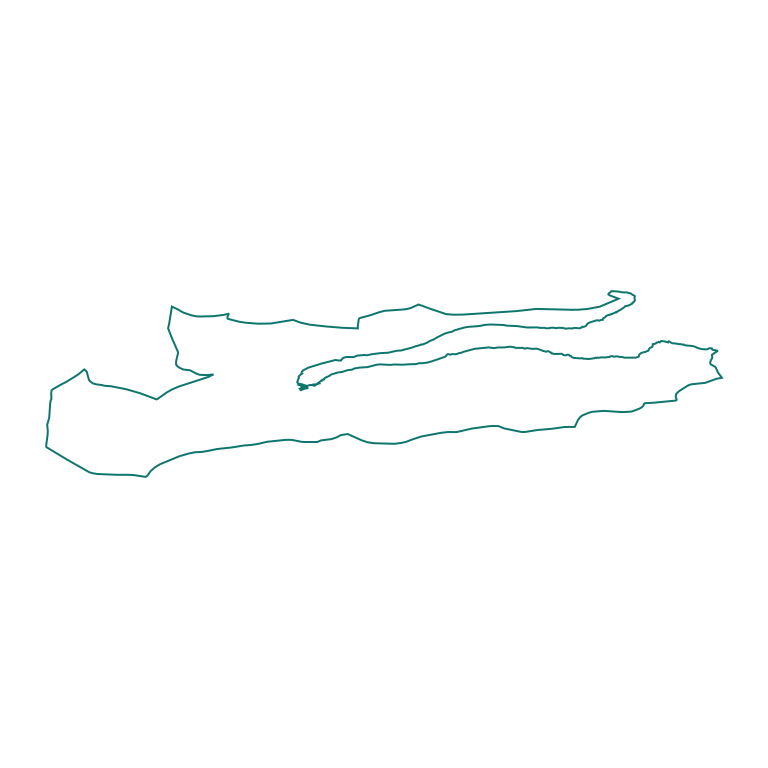 Seyðisfjarðarkaupstaður, Austurland, Iceland
{"feature_id": "244011B63317643398592", "entity_name": "Seyðisfjarðarkaupstaður", "entity_type": "district", "adm_level": 2, "iso_a3": "ISL", "parent_name": "Iceland", "parent_adm1": "Austurland", "projection": "equal_earth", "projection_center": [-13.887, 65.265], "detail": "fine", "context": "isolated", "style": "outline", "palette": "teal", "viewbox_px": 768, "rotation_deg": 0, "n_neighbors": 0, "source": "geoboundaries", "source_scale": "gbopen_adm2", "svg_char_len": 6089}
<svg xmlns="http://www.w3.org/2000/svg" viewBox="0 0 768 768"><path d="M718.2,350.8L713.1,349.9L712.1,349.4L711.9,348.5L711.2,348.2L709.2,348.3L707.6,349.1L705.8,349.4L701.7,349.1L697.5,347.9L694.5,346.5L691.3,345.9L685.0,345.3L683.8,344.5L683.0,344.7L680.5,344.1L678.7,344.1L676.1,343.6L672.0,343.2L669.2,341.4L668.7,341.4L668.2,342.4L664.4,341.4L661.3,341.0L659.8,342.4L658.8,341.8L657.7,342.5L656.4,342.6L655.9,343.4L654.6,343.9L653.0,344.0L652.7,344.2L652.8,345.3L652.3,346.9L650.0,347.9L648.8,349.4L648.6,350.3L648.2,350.7L644.9,352.0L641.3,352.9L639.5,354.4L639.1,354.9L639.0,356.0L638.7,356.6L637.6,357.1L635.1,357.7L624.6,357.7L622.5,357.1L619.4,356.9L617.4,356.3L613.9,356.7L612.3,356.1L610.1,356.4L609.6,357.0L604.2,357.5L601.5,357.3L598.7,357.8L597.1,357.6L596.3,358.0L595.6,357.7L594.1,358.3L588.7,359.0L582.9,358.6L582.0,358.1L580.2,358.4L573.8,357.9L572.2,357.3L571.3,356.6L571.1,356.1L569.3,355.5L569.0,354.9L568.7,354.8L567.1,354.7L566.3,355.2L565.0,355.4L563.4,355.0L562.0,353.9L561.3,353.8L554.9,354.0L551.9,353.5L551.6,353.4L551.6,352.9L548.4,351.3L547.5,351.2L546.2,351.7L545.3,351.5L542.9,350.9L539.9,349.6L536.2,348.6L532.8,348.9L526.9,348.1L524.8,348.6L522.8,347.9L515.4,347.9L514.0,347.2L510.0,346.7L504.2,347.4L498.0,347.5L493.8,348.1L488.7,347.4L474.8,348.8L463.5,351.8L461.2,352.8L458.9,353.2L456.3,354.2L451.7,354.1L450.5,354.7L448.0,354.1L446.7,354.8L445.7,356.3L444.7,356.9L432.5,361.1L427.7,362.5L422.6,363.2L419.2,363.2L415.9,364.1L410.4,364.2L402.4,364.7L393.9,364.5L390.0,364.9L380.0,364.4L376.8,364.7L367.5,367.1L359.5,367.6L354.2,368.5L352.2,369.6L347.4,370.2L342.3,371.9L337.2,372.6L330.8,374.7L329.7,375.7L324.7,378.0L324.5,378.5L324.1,379.4L323.7,379.6L323.4,379.4L321.7,380.3L321.9,380.6L321.2,380.8L318.4,382.8L319.0,382.8L319.3,383.2L318.6,383.2L317.7,383.8L317.4,383.7L316.9,384.0L317.3,384.2L314.5,385.4L313.2,385.0L313.9,384.4L315.6,384.6L313.9,384.3L312.6,384.8L313.8,385.4L314.8,385.6L314.5,385.8L312.0,385.0L310.2,385.0L306.5,386.0L306.1,385.7L305.5,385.9L304.1,386.6L306.2,386.8L307.6,387.9L307.5,388.2L305.4,388.5L301.5,389.8L301.3,390.1L300.7,390.1L299.7,388.7L301.7,387.9L303.3,388.3L304.3,388.2L302.6,387.5L302.6,387.2L303.7,386.9L303.5,386.7L302.1,386.9L301.3,386.2L304.6,385.2L301.5,384.1L299.2,385.1L298.7,384.9L300.6,383.8L299.3,383.9L298.1,383.6L297.2,382.1L297.4,381.7L298.5,381.8L297.5,381.5L298.2,379.2L298.7,378.6L298.9,377.9L298.6,376.6L300.7,374.5L301.9,373.8L301.5,373.6L301.9,371.7L303.3,370.3L308.2,367.7L321.4,363.6L335.4,360.0L340.1,360.6L341.2,360.3L341.5,359.4L342.4,358.9L342.8,358.2L343.5,357.8L346.3,357.0L353.6,357.1L357.3,355.6L364.4,355.0L366.5,355.3L372.1,354.2L379.7,353.2L388.3,352.7L396.5,350.8L401.8,350.4L402.3,350.1L411.0,347.9L415.8,346.2L419.3,345.3L421.2,344.4L421.7,344.7L424.7,343.7L427.4,342.5L429.7,341.0L434.1,339.3L436.9,337.5L444.1,333.9L446.8,332.9L452.3,331.6L454.3,330.4L464.0,327.6L468.6,326.8L476.2,326.3L480.7,325.8L484.5,324.9L490.5,324.5L503.8,325.0L506.2,325.6L517.3,326.1L527.0,327.5L536.3,327.4L539.1,327.6L539.3,327.9L544.9,327.9L546.0,328.3L549.5,328.2L550.3,327.8L552.7,327.7L556.8,328.2L557.9,327.8L562.8,327.9L566.0,328.7L568.6,328.3L571.9,328.5L574.6,327.9L579.6,328.3L581.4,327.6L582.2,326.7L583.6,326.9L585.5,326.2L586.1,325.8L587.6,323.6L589.0,322.7L596.3,320.4L597.9,320.3L598.9,320.7L601.3,319.9L602.7,319.9L603.0,318.5L605.0,317.4L606.0,316.1L608.0,315.1L610.4,314.7L610.5,314.3L611.0,314.1L612.0,314.0L614.8,312.7L616.3,312.4L616.3,311.9L617.2,311.8L618.3,310.9L620.4,309.9L623.9,307.5L625.4,306.1L628.6,305.5L632.1,303.7L632.4,303.4L632.2,303.1L634.0,301.7L634.9,300.5L634.5,298.4L634.9,296.2L634.4,295.6L633.0,295.1L630.8,293.5L627.2,292.5L622.1,292.3L617.5,291.4L611.2,291.2L610.5,292.2L608.7,293.5L608.4,294.5L610.0,295.5L618.6,298.7L599.7,306.7L587.3,309.0L578.4,309.7L572.4,309.8L536.5,308.9L516.5,311.1L462.7,314.6L453.3,314.7L446.1,314.1L429.7,308.6L418.6,304.5L410.5,308.1L407.8,308.8L404.4,309.4L384.7,310.8L379.3,312.2L370.5,315.2L360.4,317.9L359.2,318.4L358.7,319.6L357.8,326.2L357.9,328.4L342.5,327.8L326.4,326.5L309.9,324.7L300.8,322.7L293.0,319.9L270.9,323.5L257.8,323.7L245.5,322.7L239.5,321.8L228.0,318.9L227.4,318.2L227.4,317.2L228.6,314.3L228.5,313.8L223.6,314.9L213.3,316.2L199.3,316.5L195.5,316.2L191.4,315.3L183.1,312.5L178.4,309.7L171.9,306.6L169.1,324.0L168.1,328.3L171.9,338.1L178.0,352.0L178.1,352.8L176.2,360.9L176.0,363.3L176.3,365.0L177.7,366.5L179.6,367.8L183.3,369.5L190.0,370.3L196.8,373.8L199.7,374.8L206.8,375.1L213.5,374.4L208.5,376.9L178.6,386.6L171.7,389.6L166.5,392.6L157.7,398.9L156.6,399.4L140.3,393.3L126.1,389.2L111.3,386.3L104.8,385.8L101.0,384.9L96.6,384.4L93.1,383.5L89.9,381.2L89.0,380.0L86.7,371.6L84.3,369.4L78.8,374.0L74.1,377.1L66.0,382.0L60.6,384.8L53.1,389.1L51.6,390.3L51.2,392.9L51.4,398.9L50.6,400.9L50.2,403.3L49.2,417.8L47.2,424.8L47.8,430.9L47.6,434.7L46.1,446.2L46.5,447.2L67.2,459.7L89.2,472.2L92.9,473.3L97.4,474.0L117.1,474.8L129.1,474.8L133.9,475.1L145.0,476.8L146.1,476.7L147.5,475.7L150.5,471.2L155.1,467.2L160.3,464.1L179.5,456.2L188.4,453.6L194.7,452.3L201.8,451.9L206.9,451.1L217.3,449.0L232.2,447.4L243.9,445.5L251.6,444.9L258.6,443.8L267.0,441.8L285.3,439.9L290.2,439.8L293.0,440.1L301.5,441.8L303.8,442.0L317.4,442.0L321.0,440.4L331.5,439.1L336.8,437.3L340.0,435.5L342.2,434.9L346.3,434.2L348.1,434.2L361.2,440.1L366.9,442.1L373.4,443.2L394.4,443.8L401.5,442.9L406.2,441.8L413.6,439.0L421.4,436.5L441.1,432.8L448.2,432.0L456.6,432.1L471.7,428.6L488.3,426.3L492.0,426.0L498.4,426.1L504.1,428.4L521.6,432.0L524.8,432.0L537.6,430.0L551.6,428.8L564.6,427.0L574.8,426.9L578.0,419.9L580.0,417.4L581.9,415.7L583.1,415.1L589.8,412.4L593.1,411.7L603.9,410.9L622.2,412.1L630.3,411.7L632.8,411.2L639.7,408.5L641.9,407.2L643.4,405.7L644.1,403.8L644.9,403.2L653.9,402.7L675.5,400.6L676.5,400.1L676.6,399.3L675.9,397.4L675.7,395.9L676.1,394.3L676.9,393.2L679.1,391.1L687.0,386.1L689.8,384.7L692.0,384.2L705.0,382.9L716.8,378.7L721.9,377.8L718.1,372.7L715.4,367.0L710.7,364.3L710.3,363.5L710.2,362.4L710.8,360.4L712.3,357.8L712.0,354.7L717.8,350.8L718.2,350.8Z" fill="none" stroke="#0f766e" stroke-width="2"/></svg>